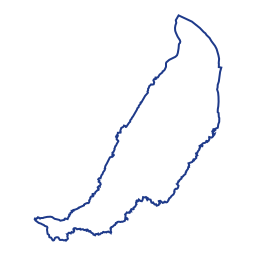 Oiapoque, Amapá, Brazil
{"feature_id": "56859067B61073882793366", "entity_name": "Oiapoque", "entity_type": "district", "adm_level": 2, "iso_a3": "BRA", "parent_name": "Brazil", "parent_adm1": "Amapá", "projection": "orthographic", "projection_center": [-52.103, 3.225], "detail": "fine", "context": "isolated", "style": "outline", "palette": "blue", "viewbox_px": 256, "rotation_deg": 0, "n_neighbors": 0, "source": "geoboundaries", "source_scale": "gbopen_adm2", "svg_char_len": 5906}
<svg xmlns="http://www.w3.org/2000/svg" viewBox="0 0 256 256"><path d="M145.0,197.5L145.9,197.0L147.5,198.0L146.7,198.8L147.3,200.0L148.2,199.1L150.6,199.7L151.4,202.4L152.2,202.5L152.3,202.9L152.8,203.0L153.2,202.6L154.5,204.4L156.1,204.3L156.4,205.4L156.7,205.7L158.6,205.0L159.0,204.0L159.9,203.5L159.5,202.0L158.9,201.7L158.8,201.1L160.3,200.8L162.7,202.9L164.0,202.5L164.3,201.8L164.8,201.6L166.1,202.4L167.2,202.1L168.5,200.3L168.5,199.6L169.1,199.0L169.1,198.4L170.4,197.6L171.5,196.0L173.5,194.4L174.6,191.9L174.2,191.4L174.7,189.6L176.0,188.7L176.7,188.9L177.3,188.6L178.0,187.7L178.5,185.7L177.0,184.1L177.5,183.9L177.6,183.1L178.0,182.7L178.3,181.4L178.9,181.4L179.5,180.1L181.5,178.5L181.5,177.7L182.0,177.2L181.8,177.0L183.2,176.2L183.7,175.4L185.4,174.1L185.7,172.4L186.0,172.3L186.3,171.6L186.2,171.2L188.0,168.8L188.2,167.3L189.0,167.0L188.7,166.2L189.2,165.6L189.1,165.0L188.5,163.3L192.1,162.0L192.9,161.2L192.9,160.7L194.0,160.5L194.1,160.2L193.4,159.9L193.6,159.3L194.8,159.3L196.3,157.9L196.0,156.3L197.3,155.4L196.9,154.9L196.9,154.1L196.2,154.0L196.0,153.4L197.5,152.6L197.7,151.6L199.4,149.5L199.3,148.7L200.2,147.6L200.3,146.9L200.3,146.7L199.7,146.7L199.6,145.9L200.2,145.8L200.5,145.4L202.3,146.1L202.4,145.7L201.5,145.2L201.5,144.8L203.0,143.3L205.0,142.8L206.1,142.1L206.3,141.0L206.6,140.9L207.5,141.7L207.9,141.0L208.6,140.8L209.4,139.2L209.1,137.4L209.2,137.0L211.3,137.6L212.1,137.3L213.1,136.3L213.7,135.2L214.4,134.6L214.6,134.0L213.6,134.6L213.0,134.6L213.1,133.3L212.6,132.9L213.0,132.1L212.3,131.3L213.5,129.9L213.3,129.3L213.5,129.2L214.0,129.7L214.3,130.9L215.3,130.0L214.8,129.3L214.8,129.0L217.8,127.7L218.3,124.2L219.2,121.9L219.3,118.0L218.8,116.8L218.6,113.0L217.7,112.1L217.8,109.2L218.3,106.3L218.6,101.7L218.5,96.9L218.1,92.6L217.1,89.4L217.6,87.4L217.7,84.9L218.8,81.6L220.1,71.9L221.3,67.6L218.8,67.1L218.9,63.7L218.7,63.3L219.1,58.8L218.4,55.2L216.6,49.0L215.0,45.9L211.4,41.1L209.6,38.0L206.5,35.0L205.4,33.3L203.7,32.0L199.9,28.0L191.9,21.6L178.6,15.4L175.8,20.2L176.3,22.9L175.4,25.4L175.0,27.9L175.2,30.8L175.9,32.8L177.6,36.6L179.9,40.2L180.3,41.6L180.0,42.9L179.2,43.7L178.9,44.5L178.6,48.3L177.8,53.0L177.0,55.3L175.4,56.8L169.3,59.8L166.4,62.3L166.0,63.2L166.0,66.8L164.7,69.7L163.7,70.8L162.6,71.4L162.4,72.4L159.6,74.6L158.0,77.3L157.1,77.4L156.6,78.0L155.5,77.6L155.3,78.2L155.8,78.3L156.0,78.8L154.9,79.3L154.1,79.2L153.8,79.5L153.4,80.4L154.2,82.3L153.7,84.3L152.6,84.6L151.1,84.4L150.6,85.1L149.4,85.9L148.7,88.0L148.1,88.7L148.1,90.4L147.5,91.4L147.9,92.7L145.1,95.9L141.5,102.2L140.8,102.3L140.5,102.7L140.7,103.5L138.8,105.8L138.6,107.2L137.4,108.2L136.9,109.7L132.9,116.6L132.0,117.6L131.5,118.9L130.6,119.7L130.1,120.9L130.2,121.7L129.1,122.7L126.3,126.8L125.7,126.9L125.1,125.9L124.0,125.6L123.8,126.2L122.9,127.1L121.3,127.9L120.4,130.5L120.7,132.0L120.5,132.6L119.6,132.4L118.9,132.8L117.9,132.8L117.9,133.5L117.1,135.0L117.8,135.8L117.6,136.0L116.5,135.8L116.0,136.8L116.4,137.2L117.2,137.2L116.7,138.3L116.7,139.4L118.2,140.7L118.3,141.3L116.7,144.0L116.0,145.7L115.2,146.3L114.8,148.0L114.4,148.6L114.6,149.4L113.5,151.9L112.5,152.6L112.7,153.3L112.3,154.2L112.8,154.9L113.7,154.8L113.8,155.2L112.4,156.8L111.7,156.8L111.5,156.6L111.0,157.1L109.9,157.4L106.9,163.4L105.5,165.8L105.0,167.3L105.2,168.4L104.7,168.8L104.9,169.4L104.6,170.3L103.2,172.1L102.4,174.3L101.5,175.2L100.5,178.3L99.4,178.2L98.7,178.6L98.2,179.4L99.4,180.9L98.7,181.8L100.3,183.0L100.7,184.3L99.8,185.8L99.8,186.6L98.8,186.2L97.7,187.3L98.3,188.9L98.7,189.0L98.5,189.9L97.4,190.3L95.4,192.2L94.8,193.7L92.6,194.0L92.5,195.0L93.4,195.8L92.9,196.4L91.1,196.6L90.3,197.6L90.4,198.6L89.2,200.4L89.5,201.0L88.9,202.7L88.0,203.2L87.3,203.0L86.4,203.3L84.7,204.1L84.0,204.7L84.0,205.4L79.4,207.4L78.9,207.9L78.7,207.7L77.3,208.8L75.2,209.6L73.2,210.0L73.0,210.3L73.4,210.8L73.2,210.9L71.7,210.9L71.8,211.5L72.2,211.9L72.0,212.3L70.5,212.8L70.1,214.5L69.2,214.6L69.2,216.2L68.7,216.5L67.6,219.1L65.1,218.5L64.6,218.9L64.6,219.6L64.3,219.9L60.3,220.7L59.3,219.9L54.6,218.8L52.2,217.1L50.5,216.7L47.1,216.9L43.8,217.6L43.0,218.0L40.9,218.0L40.3,218.5L39.9,218.5L38.7,217.5L37.9,217.3L37.5,218.1L36.8,218.2L36.3,218.9L35.0,218.5L34.7,219.2L35.5,220.5L38.7,222.9L41.4,223.8L42.4,224.5L43.7,224.9L44.6,225.8L47.0,226.7L47.4,227.5L47.0,229.7L47.6,233.9L49.0,234.9L49.4,237.2L51.2,237.7L52.6,240.2L53.1,240.5L54.0,240.2L55.0,238.0L55.5,237.6L57.0,237.2L58.4,237.5L59.7,239.8L60.8,240.0L62.3,239.8L64.0,240.4L65.5,240.0L66.0,240.6L67.9,238.7L67.3,236.3L67.7,235.6L67.3,234.7L67.6,234.8L67.6,234.2L68.4,233.1L69.0,232.7L70.8,233.4L71.3,232.3L71.7,232.0L72.9,232.6L73.4,232.4L74.2,231.0L73.9,230.5L74.1,229.7L73.5,229.8L73.4,229.4L73.5,228.8L74.2,228.2L75.7,228.2L77.1,229.3L78.1,228.9L79.0,229.1L79.6,228.8L80.3,228.8L80.6,229.6L82.9,229.2L84.2,230.1L85.8,229.8L86.1,230.0L87.2,229.5L87.4,229.6L87.0,230.8L88.4,230.6L89.2,231.6L90.0,231.0L90.3,231.1L91.3,232.7L92.8,233.4L93.5,234.7L94.2,234.8L95.1,235.3L95.3,235.0L95.0,234.4L96.2,234.0L97.3,234.1L98.0,233.7L98.2,234.5L98.6,234.7L99.1,234.3L99.9,234.3L100.7,233.4L102.3,233.0L103.1,232.0L103.4,231.9L104.4,232.3L105.4,232.1L106.5,232.4L106.9,231.9L108.4,231.6L109.3,232.3L110.3,232.3L110.9,233.0L111.2,232.2L110.7,230.6L110.9,228.8L110.5,228.6L110.6,227.9L111.5,227.0L112.5,226.8L114.3,225.1L115.0,225.0L115.8,223.1L116.5,223.3L117.1,222.2L117.6,221.9L118.9,221.7L120.6,222.0L121.4,221.7L122.3,221.8L123.2,221.5L124.8,220.8L125.3,219.0L125.7,218.6L127.5,219.4L127.6,219.0L126.9,218.1L125.3,217.8L125.6,215.7L125.1,214.4L126.1,213.6L126.8,212.4L128.0,212.8L128.9,212.3L129.4,212.8L129.8,212.7L130.3,211.1L131.1,211.3L130.8,210.1L131.4,209.1L132.9,209.4L133.7,209.0L133.5,207.7L135.2,206.6L136.0,204.8L136.5,204.4L136.0,202.9L136.2,202.2L137.1,201.7L136.6,201.3L136.5,200.9L137.0,200.4L138.6,200.6L138.9,199.6L140.5,201.0L141.8,201.2L142.6,199.9L143.1,197.1L145.0,197.5Z" fill="none" stroke="#1e3a8a" stroke-width="2"/></svg>